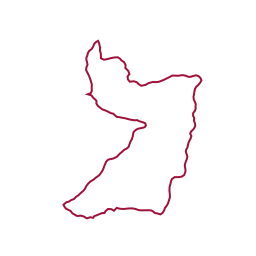 Matutina, Minas Gerais, Brazil, rotated 253°
{"feature_id": "56859067B65978076435942", "entity_name": "Matutina", "entity_type": "district", "adm_level": 2, "iso_a3": "BRA", "parent_name": "Brazil", "parent_adm1": "Minas Gerais", "projection": "natural_earth1", "projection_center": [-45.985, -19.184], "detail": "fine", "context": "isolated", "style": "outline", "palette": "rose", "viewbox_px": 256, "rotation_deg": 253, "n_neighbors": 0, "source": "geoboundaries", "source_scale": "gbopen_adm2", "svg_char_len": 2801}
<svg xmlns="http://www.w3.org/2000/svg" viewBox="0 0 256 256"><g transform="rotate(253 128 128)"><path d="M52.3,68.3L53.6,70.1L53.7,72.5L54.0,75.5L54.2,78.2L53.6,80.7L55.1,82.2L56.4,85.2L55.2,88.4L53.0,90.4L54.9,93.8L53.4,96.2L52.2,99.0L51.6,101.2L51.2,103.6L50.5,106.6L49.8,108.7L48.6,111.2L46.6,113.9L45.4,116.5L44.5,119.7L43.6,122.8L42.5,125.9L41.1,127.4L38.8,128.9L37.3,131.8L35.9,133.7L36.6,136.1L38.8,138.6L40.7,139.9L42.2,142.1L44.3,144.3L46.8,146.0L49.4,147.8L52.2,148.6L56.0,149.3L59.4,150.5L61.7,152.0L63.9,153.2L66.3,155.0L67.4,158.3L66.2,162.0L65.8,165.3L66.7,168.1L69.7,170.3L72.2,170.9L75.9,171.4L78.5,173.1L80.8,175.0L83.2,176.4L86.3,176.4L88.5,176.4L90.3,177.3L91.9,179.1L93.7,180.1L95.7,181.2L97.6,182.8L99.4,184.6L101.8,186.3L104.4,185.8L106.2,187.3L107.2,189.3L108.4,191.2L110.4,193.0L113.3,193.4L115.8,193.2L118.2,194.3L120.5,193.8L123.1,194.6L125.1,197.2L127.0,198.5L129.0,198.9L131.1,199.8L133.8,199.6L136.1,199.2L138.8,199.8L141.1,201.1L143.3,202.1L145.4,203.2L147.3,205.0L148.5,207.6L150.1,210.1L152.0,212.1L154.4,212.0L156.9,210.7L158.5,208.5L158.7,205.1L158.7,202.4L159.6,200.2L161.1,198.5L162.6,195.7L163.3,191.2L164.5,187.8L165.2,185.6L164.7,183.1L164.1,179.8L163.6,176.4L163.3,173.2L163.2,170.6L163.8,167.8L164.8,165.0L164.9,160.8L164.1,157.3L164.5,153.1L166.8,151.0L169.3,149.7L171.0,147.2L171.8,143.2L174.5,142.2L177.4,142.6L179.1,145.1L182.1,145.0L183.9,144.3L186.1,143.0L188.9,144.1L192.1,143.5L194.4,141.6L196.5,140.7L198.6,138.9L199.4,135.8L199.8,132.3L199.9,129.2L200.3,125.0L202.6,122.5L204.8,123.2L207.7,123.8L210.4,123.8L212.9,124.8L215.1,124.9L217.5,125.2L220.1,124.8L219.5,122.4L218.1,120.0L215.9,118.4L214.1,116.3L212.9,113.1L211.1,111.3L209.3,110.4L207.5,108.8L205.3,108.1L203.1,108.1L200.4,107.8L198.2,106.0L195.8,104.9L193.5,105.2L191.0,105.7L188.8,106.0L186.0,106.2L183.1,106.2L179.9,106.1L177.7,105.2L174.0,104.2L172.2,102.5L172.0,99.4L169.9,102.6L167.0,103.6L165.0,104.9L163.0,105.8L160.6,104.9L158.2,105.6L155.7,107.2L153.3,108.9L151.9,110.9L149.7,113.4L147.1,116.1L145.9,118.2L143.8,119.3L141.8,120.6L140.9,122.9L139.4,125.6L138.2,128.0L136.7,130.4L135.0,133.2L133.5,136.4L132.9,139.0L131.2,140.7L129.4,143.5L127.5,145.9L125.1,145.8L123.9,144.1L124.0,141.0L124.4,137.3L123.8,134.7L122.6,132.3L120.5,131.0L118.7,130.1L116.2,128.5L114.4,126.5L112.2,124.8L109.6,122.9L108.7,120.6L108.3,118.2L107.1,115.6L105.7,112.4L103.7,108.9L103.1,104.6L103.4,102.1L103.5,99.6L102.2,97.3L100.0,95.4L97.7,93.6L95.4,91.8L93.7,89.9L91.6,87.3L90.6,84.9L89.9,82.7L88.8,80.2L87.8,76.3L86.4,73.5L84.6,71.1L82.6,69.2L81.0,67.0L79.7,63.9L78.1,60.8L77.2,57.7L75.9,55.6L75.7,52.7L74.9,49.9L75.0,47.3L73.5,43.9L71.5,44.2L69.0,45.1L67.4,46.8L65.5,48.8L62.6,49.9L58.7,53.6L58.0,57.2L56.4,59.7L53.6,62.3L53.7,66.0L52.3,68.3Z" fill="none" stroke="#9f1239" stroke-width="2"/></g></svg>